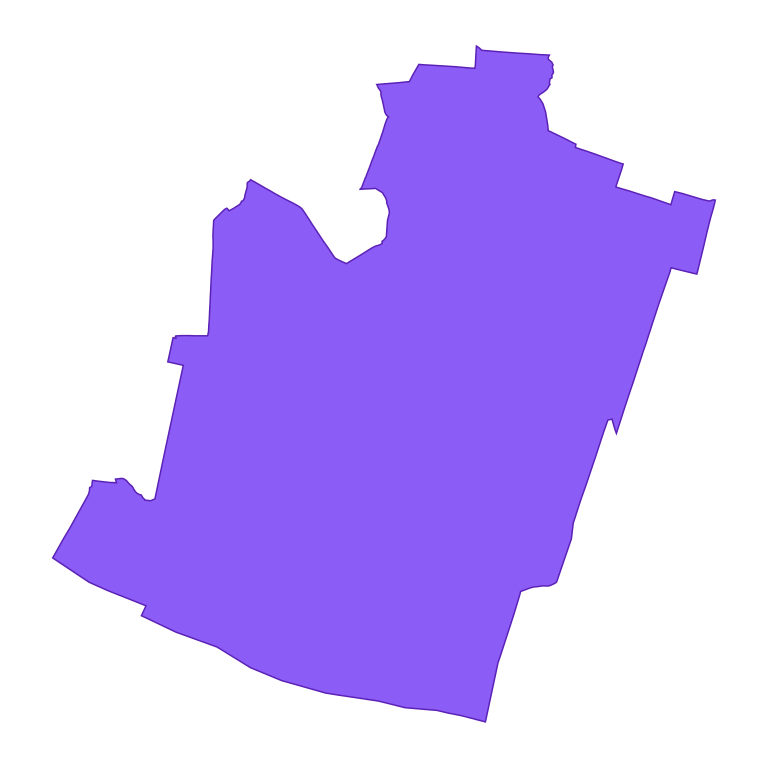 Ostroveni, Dolj, Romania
{"feature_id": "2599482B82593705171152", "entity_name": "Ostroveni", "entity_type": "district", "adm_level": 2, "iso_a3": "ROU", "parent_name": "Romania", "parent_adm1": "Dolj", "projection": "orthographic", "projection_center": [23.874, 43.804], "detail": "fine", "context": "isolated", "style": "filled", "palette": "violet", "viewbox_px": 768, "rotation_deg": 0, "n_neighbors": 0, "source": "geoboundaries", "source_scale": "gbopen_adm2", "svg_char_len": 6013}
<svg xmlns="http://www.w3.org/2000/svg" viewBox="0 0 768 768"><path d="M642.6,353.2L646.0,343.4L648.5,335.5L650.3,330.1L652.3,323.8L658.5,304.9L663.5,290.4L670.1,271.5L671.0,267.8L688.1,272.0L696.8,274.1L697.9,270.0L703.2,248.3L706.9,232.5L710.5,218.0L713.0,209.5L714.6,203.3L715.3,200.1L714.1,199.9L713.1,199.9L712.3,200.0L711.5,200.4L710.6,200.8L709.5,201.0L708.5,200.9L702.0,199.4L682.3,193.5L674.7,191.6L671.9,201.1L670.9,204.7L664.1,202.3L656.9,199.8L650.6,197.6L645.6,196.2L639.9,194.4L634.6,192.7L628.5,190.7L627.0,190.3L621.4,188.7L615.9,187.0L616.1,186.0L619.7,175.3L621.6,169.5L623.2,164.0L620.3,163.2L612.4,160.4L597.3,154.9L585.8,150.9L578.2,148.4L575.4,147.5L575.9,144.2L572.4,142.5L566.8,139.6L557.6,135.1L548.2,130.6L547.8,125.6L545.6,112.0L543.0,103.9L540.4,99.5L538.3,97.2L538.0,96.8L539.3,94.9L540.7,93.8L542.9,92.5L545.0,90.9L546.7,89.5L548.1,87.6L548.9,85.9L550.0,84.3L549.3,83.1L549.5,82.3L549.8,80.8L549.8,79.4L550.8,78.5L552.0,77.8L552.0,76.0L551.8,75.2L552.9,73.6L553.5,72.2L553.2,70.5L552.7,68.6L552.4,67.5L552.5,66.4L552.8,65.4L553.0,65.2L553.0,64.4L552.6,63.9L552.3,63.5L552.1,63.0L551.9,62.5L551.7,62.0L550.8,61.4L549.5,60.2L548.6,59.6L548.3,59.0L548.1,58.2L548.4,57.1L548.7,56.3L549.4,55.1L548.1,55.0L539.8,54.6L527.6,53.7L517.4,53.1L502.1,52.0L490.5,51.0L483.9,50.5L481.6,50.2L479.7,48.3L477.5,46.7L476.4,46.1L475.3,65.7L474.9,68.3L470.0,68.0L463.1,67.4L455.1,66.7L431.1,65.2L425.1,64.9L418.9,64.4L418.7,64.7L415.0,71.1L412.5,75.5L409.4,81.6L398.7,82.7L381.4,84.1L376.8,84.5L377.0,84.8L377.2,85.4L377.7,86.6L378.5,88.2L379.7,89.8L380.7,91.4L381.0,92.2L380.9,93.8L381.0,95.5L382.3,100.2L383.3,104.5L384.3,109.3L384.5,110.3L384.7,111.6L385.3,113.1L385.8,114.1L386.2,114.7L386.4,115.1L387.2,115.8L388.5,116.9L388.0,117.3L387.8,117.5L387.2,118.6L386.7,119.6L385.1,124.0L382.7,132.0L380.5,138.5L379.3,141.8L378.6,144.0L378.0,145.5L377.5,146.1L376.5,148.7L375.5,151.3L373.7,156.3L372.7,158.8L371.6,161.5L370.7,164.2L369.7,166.9L367.6,172.3L366.6,174.9L365.9,177.1L365.5,177.4L364.7,179.5L363.8,181.8L362.9,184.2L361.8,187.2L361.7,187.4L361.4,187.8L360.9,188.3L360.2,189.0L360.1,189.3L361.2,189.2L372.8,188.6L375.5,188.4L375.7,188.5L380.5,191.5L382.2,192.5L382.4,192.7L383.1,193.8L384.7,196.4L385.7,198.1L386.1,199.2L386.4,200.1L386.8,201.7L386.6,202.6L388.9,209.2L389.4,212.8L387.5,220.4L386.5,234.4L386.3,236.8L385.2,238.4L383.5,240.3L382.0,241.4L382.2,243.6L379.4,245.0L375.5,246.1L372.5,247.6L368.2,250.2L361.9,254.2L357.5,256.9L350.0,261.4L347.1,263.2L346.6,263.6L341.9,261.6L338.8,260.1L335.4,258.3L334.2,257.0L327.8,247.4L323.6,241.5L321.5,238.4L319.1,234.7L312.1,224.2L309.5,220.1L307.0,216.3L305.5,213.9L303.4,210.8L302.1,209.0L301.1,208.0L298.6,206.2L295.1,204.3L292.0,202.6L289.4,201.3L282.3,197.7L275.2,193.8L270.0,190.7L266.6,188.9L261.5,185.9L255.4,182.4L251.2,180.0L250.6,179.7L249.8,180.9L247.8,182.2L247.2,183.2L247.1,187.4L245.0,194.9L244.7,197.3L243.5,200.0L242.7,200.9L241.4,201.3L241.1,202.5L239.6,204.5L233.1,208.6L229.0,210.8L227.7,209.0L226.8,208.2L226.1,208.6L224.6,209.4L222.4,211.5L214.9,218.9L213.7,220.4L213.2,229.2L212.9,236.0L213.1,241.5L213.1,248.0L212.4,258.2L212.2,260.1L212.1,262.3L212.0,264.1L211.9,265.5L211.9,266.5L211.9,267.0L211.8,268.6L211.7,270.4L211.5,274.2L211.4,275.5L211.3,276.7L211.2,278.5L211.0,282.4L211.0,283.8L210.9,285.3L210.8,286.6L210.7,288.1L210.7,289.9L210.5,293.5L210.4,294.9L210.2,300.2L210.1,302.3L210.0,304.1L209.9,305.8L209.8,307.6L209.7,309.8L209.6,311.5L209.4,316.9L209.2,320.6L208.8,325.5L208.5,331.5L208.5,332.3L208.4,332.3L208.1,333.3L208.0,333.6L208.0,334.0L208.0,334.6L207.8,335.1L207.7,335.3L207.5,335.5L207.3,335.7L207.2,335.8L204.6,335.8L198.1,335.8L196.9,335.8L196.3,335.8L194.8,335.8L193.6,335.8L192.3,335.7L191.8,335.7L191.2,335.7L190.5,335.7L189.8,335.6L188.5,335.6L188.0,335.6L187.4,335.6L186.7,335.6L186.0,335.6L185.0,335.6L184.4,335.6L181.7,335.6L177.8,335.8L177.2,335.9L176.7,335.9L175.9,335.9L175.6,336.1L175.4,336.4L175.4,336.6L175.6,337.1L175.9,337.3L176.0,338.0L176.0,338.3L173.1,337.7L167.8,361.9L183.3,365.3L164.8,451.7L154.9,499.0L154.3,499.2L153.8,499.4L153.0,499.7L152.1,500.1L151.5,500.4L150.9,500.6L150.2,500.7L149.6,500.6L148.5,500.5L145.9,500.2L144.8,500.1L144.7,499.4L144.2,499.1L143.8,498.8L143.6,498.4L143.2,498.0L142.8,497.6L142.5,497.2L142.1,496.4L141.5,495.4L141.2,495.0L140.9,494.8L140.3,494.7L140.0,494.7L139.6,494.5L139.3,494.4L137.9,493.8L137.3,493.4L136.9,493.1L136.4,492.7L136.0,492.3L135.6,491.9L135.3,491.5L135.0,491.0L134.6,490.6L134.4,490.1L134.1,489.7L133.8,489.2L133.1,487.8L132.1,486.3L131.8,486.0L130.8,485.1L129.9,484.4L129.5,484.0L129.1,483.7L128.8,483.3L128.4,483.0L128.2,482.6L127.7,482.0L127.3,481.5L127.0,481.2L126.6,480.8L125.5,479.9L125.0,479.6L124.2,479.1L123.4,478.7L123.0,478.6L122.3,478.5L121.7,478.5L121.3,478.4L120.9,478.5L120.5,478.5L120.2,478.5L119.0,478.7L116.8,479.0L115.9,479.0L115.4,479.1L116.0,481.0L116.5,482.8L115.4,482.7L114.1,482.6L110.1,482.5L108.7,482.4L107.0,482.1L105.5,482.0L103.6,481.8L99.5,481.3L98.5,481.2L94.8,480.7L92.5,480.4L92.4,481.1L92.3,482.0L92.2,482.4L92.1,483.4L92.0,484.0L92.0,484.6L91.8,485.9L91.8,486.2L91.8,486.4L91.3,486.7L90.2,487.3L89.8,487.6L89.6,487.8L89.5,488.1L89.5,488.4L89.6,489.2L89.6,489.9L89.3,490.9L89.2,491.8L89.0,492.6L88.4,494.5L70.0,527.8L65.7,535.0L63.6,538.5L52.7,557.9L54.1,558.9L89.2,582.3L107.8,590.6L146.0,605.8L141.4,615.7L176.3,632.3L217.0,647.0L250.7,667.8L281.6,680.6L325.4,693.0L339.0,695.2L378.1,701.0L405.1,707.7L437.0,710.4L449.1,713.3L452.1,713.8L459.0,715.2L461.5,715.7L485.4,721.9L498.0,662.8L500.8,654.6L505.5,640.1L508.0,632.5L512.8,617.7L516.7,605.1L519.7,595.1L520.6,591.5L525.4,589.7L529.9,588.0L534.0,586.9L538.0,586.6L541.9,585.9L548.3,586.0L550.7,585.3L553.3,584.1L554.7,583.4L556.1,582.5L556.8,581.6L557.0,580.9L571.4,538.8L573.2,523.3L581.1,498.9L586.2,484.6L588.8,476.8L595.8,456.0L603.7,431.9L607.9,420.0L612.0,419.2L615.0,429.7L616.4,433.4L617.6,429.6L620.8,419.7L625.1,406.3L630.4,390.3L632.6,384.0L642.0,355.2L642.6,353.2Z" fill="#8b5cf6" stroke="#5b21b6" stroke-width="1.5"/></svg>